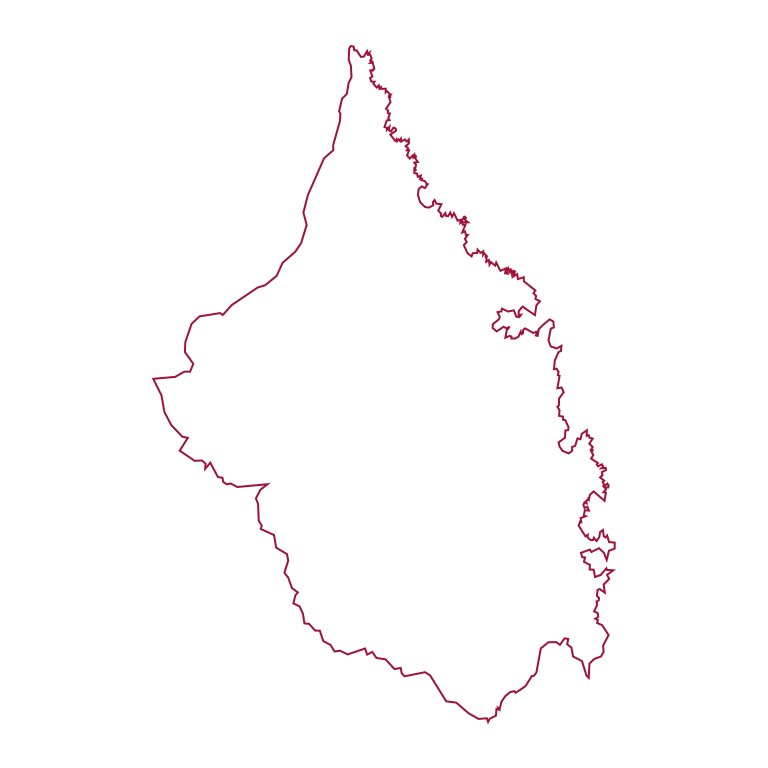 the district of Nossa Senhora Da Luz, São Domingos, Cabo Verde
{"feature_id": "66160863B49789826079472", "entity_name": "Nossa Senhora Da Luz", "entity_type": "district", "adm_level": 2, "iso_a3": "CPV", "parent_name": "Cabo Verde", "parent_adm1": "São Domingos", "projection": "equal_earth", "projection_center": [-23.458, 15.031], "detail": "fine", "context": "isolated", "style": "outline", "palette": "rose", "viewbox_px": 768, "rotation_deg": 0, "n_neighbors": 0, "source": "geoboundaries", "source_scale": "gbopen_adm2", "svg_char_len": 6081}
<svg xmlns="http://www.w3.org/2000/svg" viewBox="0 0 768 768"><path d="M199.5,316.4L191.6,323.8L185.3,342.1L184.9,352.0L193.3,363.8L190.1,371.7L184.2,371.7L175.2,376.9L153.3,378.8L161.5,395.4L164.4,411.9L171.2,425.0L182.3,436.7L187.8,437.9L179.7,450.7L194.6,460.8L202.1,460.5L205.6,463.8L205.2,468.8L210.3,462.7L217.9,477.0L222.5,477.8L223.2,481.9L226.7,484.3L230.6,483.5L237.4,487.0L267.5,484.2L260.4,489.8L255.9,498.4L258.1,503.9L258.7,520.6L261.8,525.7L260.8,529.0L274.0,535.0L276.2,547.7L287.0,554.1L288.2,560.7L284.4,572.8L288.2,577.6L291.9,588.0L297.8,592.4L295.4,595.3L293.4,603.4L299.6,606.4L303.0,613.9L304.4,623.4L309.0,623.8L315.2,630.6L319.8,630.7L323.3,641.1L330.6,645.0L334.5,651.5L340.0,650.7L347.7,654.4L365.1,648.5L367.2,654.6L372.2,651.9L376.5,658.0L385.5,659.3L394.4,669.0L400.7,668.0L401.7,673.3L404.5,676.3L425.1,672.2L430.2,675.5L446.2,701.3L456.2,702.6L468.6,713.3L478.5,718.9L486.8,718.3L488.1,721.9L489.7,718.8L495.9,715.7L496.5,709.0L499.3,709.8L498.4,707.9L499.7,708.7L501.5,701.7L505.3,696.1L510.1,692.1L514.4,691.1L515.6,692.8L519.5,690.3L525.5,686.1L531.8,676.1L533.9,675.8L536.4,672.5L540.8,648.4L548.4,642.3L556.2,642.1L559.9,644.8L564.6,638.4L568.2,638.9L567.2,644.3L571.4,647.5L573.1,656.5L582.0,661.1L586.4,675.3L588.7,677.9L589.5,663.5L594.2,659.0L601.0,656.5L603.6,651.9L603.1,645.5L608.6,635.1L602.1,625.1L597.1,623.0L597.9,620.1L595.3,618.7L598.2,616.9L597.8,613.2L594.1,611.4L597.2,604.8L596.6,601.4L598.7,600.4L599.1,598.1L596.9,595.8L597.6,590.0L599.5,589.0L604.8,592.6L603.7,584.5L609.2,578.9L607.0,574.8L613.3,570.3L606.9,569.9L606.4,568.3L600.6,575.0L595.0,577.0L593.7,569.7L589.6,569.5L589.9,564.9L584.0,561.8L585.0,557.4L582.2,557.2L581.0,552.8L589.9,549.6L591.4,552.0L598.9,548.2L603.9,552.8L606.7,559.9L609.0,550.7L614.7,548.6L614.7,542.6L609.1,542.1L607.1,535.5L605.4,537.4L603.7,536.1L602.9,530.0L600.1,532.1L599.2,537.3L596.5,541.0L593.9,537.7L593.1,540.0L590.5,540.1L587.5,537.2L587.8,534.8L585.4,536.3L578.6,525.5L580.4,521.0L581.5,523.1L580.6,518.1L585.7,516.2L583.8,515.5L584.8,510.3L588.9,510.6L587.4,506.8L584.5,508.0L583.4,504.7L584.5,502.3L586.6,503.4L586.3,500.5L588.3,499.9L588.4,497.3L589.0,498.9L589.8,494.9L593.6,491.4L604.5,500.8L605.9,492.6L603.5,492.2L606.0,489.4L604.6,487.4L608.2,487.4L608.6,485.5L607.3,483.6L603.0,487.0L604.1,484.8L602.7,482.0L604.2,480.7L600.1,477.4L602.5,475.1L601.8,472.2L606.0,470.0L605.7,467.9L601.4,468.3L603.2,466.8L601.9,464.3L598.0,466.3L596.8,464.4L597.9,463.0L591.1,458.6L593.3,455.0L591.2,451.3L592.5,450.9L592.6,450.4L591.5,450.8L590.8,450.1L592.7,447.0L589.3,443.7L592.7,438.6L589.5,437.7L588.7,435.2L586.7,435.9L586.9,430.3L581.8,433.8L580.5,439.3L577.5,438.4L575.2,445.8L572.1,447.0L572.2,450.8L568.7,453.4L562.6,450.9L559.6,446.7L558.6,442.4L564.9,437.8L565.4,430.5L568.1,430.1L568.6,427.4L565.3,420.2L563.1,419.8L563.0,416.6L559.1,415.9L559.5,410.1L557.4,406.7L558.9,405.5L559.1,398.4L563.7,392.2L561.6,387.5L557.4,388.3L559.6,375.8L557.8,375.1L558.6,371.9L556.5,368.7L554.0,369.1L554.8,360.5L558.5,352.1L561.0,350.9L561.4,345.8L556.9,348.5L550.8,346.5L548.5,340.4L550.8,328.6L553.9,327.4L553.3,321.5L549.6,319.4L543.2,324.8L538.8,329.1L537.6,335.9L535.9,335.5L537.2,331.6L533.1,332.9L525.2,328.4L523.2,329.8L522.9,333.3L521.7,334.1L520.8,331.5L518.4,336.7L515.0,338.5L511.4,338.5L511.5,336.5L509.6,335.9L505.4,337.7L506.7,330.3L509.7,326.7L506.5,328.4L503.6,326.7L496.7,331.4L492.7,328.0L492.7,324.4L499.1,319.1L499.7,316.6L497.5,312.2L501.3,311.4L502.0,308.7L508.0,311.5L513.9,310.4L516.3,316.7L519.3,317.1L521.0,314.8L518.6,315.3L518.8,311.0L522.5,306.6L534.9,315.1L536.4,305.3L539.9,301.2L535.4,298.9L536.1,295.9L533.5,293.1L535.4,290.5L523.9,281.3L523.8,277.2L517.9,279.1L517.1,274.1L513.3,276.6L515.0,271.5L513.2,270.8L511.9,274.3L510.6,268.5L509.8,273.1L508.2,268.2L506.6,271.0L507.8,273.7L505.1,273.3L506.0,268.4L500.4,270.8L496.2,262.5L495.2,265.6L490.9,262.1L489.5,264.7L488.9,260.1L486.2,261.8L486.7,256.7L484.9,257.3L486.7,256.0L484.2,253.4L483.1,254.9L483.3,251.3L480.6,252.9L477.6,249.6L477.2,252.9L472.7,253.3L471.6,256.4L467.6,253.3L463.8,245.1L466.7,241.9L464.9,238.9L467.7,235.0L466.0,235.1L464.9,231.3L462.3,232.5L465.5,224.5L462.7,224.7L461.9,222.2L468.0,222.3L465.0,219.8L465.9,217.8L464.6,216.6L463.7,217.1L463.4,218.7L462.3,219.4L461.5,221.5L460.3,222.7L460.8,219.8L457.6,220.7L454.0,213.2L452.0,216.9L450.3,212.5L448.1,216.2L446.1,216.0L445.3,213.1L442.4,216.8L440.8,215.9L441.2,213.8L438.3,210.6L441.4,204.2L436.3,203.6L434.6,200.1L432.9,202.1L433.3,205.3L428.9,207.6L425.1,207.0L420.2,202.3L417.9,195.0L418.7,189.0L421.9,186.4L425.0,188.1L427.4,184.6L425.9,184.9L427.0,184.0L424.6,180.9L421.5,180.2L422.0,178.7L420.0,178.9L420.8,175.6L417.8,176.8L417.0,173.5L414.4,173.2L414.3,169.2L415.2,170.2L415.7,170.0L414.1,167.5L415.3,168.4L416.0,164.8L414.3,162.6L417.8,162.0L415.2,158.1L416.4,155.6L414.8,156.9L414.5,154.8L413.2,157.2L412.8,155.5L409.8,158.6L407.0,155.5L409.1,150.3L406.9,150.3L408.1,148.2L405.6,146.2L408.8,143.5L408.9,139.5L406.7,141.5L404.9,139.4L401.2,141.5L400.9,138.7L399.6,140.7L398.4,139.3L397.1,141.2L396.5,139.3L395.2,140.9L390.3,134.6L396.0,130.7L395.7,128.5L393.5,127.6L391.0,131.4L388.9,130.2L389.4,126.8L386.9,129.7L387.0,127.9L384.5,127.0L386.7,120.5L389.5,120.1L388.3,118.4L389.9,113.5L387.9,113.2L388.0,110.4L386.0,108.7L390.5,102.2L389.2,97.7L391.0,96.8L389.5,96.9L390.5,95.2L389.1,95.7L389.7,93.8L386.9,91.2L385.6,92.3L385.7,88.7L381.3,88.9L381.0,87.1L379.4,88.7L378.8,85.4L376.7,87.5L373.4,83.8L374.5,81.7L371.3,81.6L370.1,78.0L372.4,76.4L370.2,70.5L373.7,70.6L372.3,69.9L374.3,69.0L372.8,62.8L370.4,62.9L372.1,61.4L370.2,60.5L371.6,58.3L370.2,54.7L368.5,54.8L369.4,52.6L367.7,53.8L367.0,51.2L364.0,56.5L360.9,56.9L356.6,50.3L354.2,50.3L353.7,46.6L350.7,46.1L349.2,48.5L348.7,59.7L350.9,65.8L351.5,77.1L348.6,83.0L346.8,93.9L342.0,98.8L339.1,111.4L340.4,113.5L340.0,120.9L333.2,144.9L333.3,150.2L324.1,158.2L307.8,195.3L303.4,212.6L306.7,224.9L301.1,243.1L295.4,251.6L282.6,262.8L276.7,275.8L265.2,285.2L257.5,287.6L231.8,305.0L222.8,315.0L220.1,313.1L199.5,316.4Z" fill="none" stroke="#9f1239" stroke-width="2"/></svg>